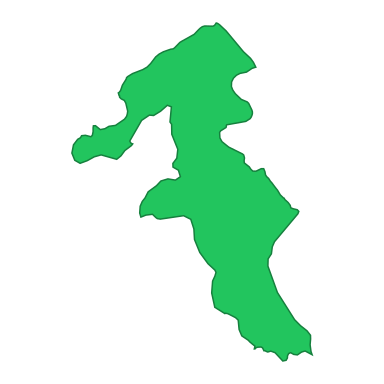 outline of Ardebil
{"feature_id": "IRN-3230", "entity_name": "Ardebil", "entity_type": "Province", "adm_level": 1, "iso_a3": "IRN", "parent_name": "Iran", "parent_adm1": "", "projection": "mercator", "projection_center": [47.857, 38.431], "detail": "fine", "context": "isolated", "style": "filled", "palette": "green", "viewbox_px": 384, "rotation_deg": 0, "n_neighbors": 0, "source": "natural_earth", "source_scale": "10m", "svg_char_len": 2775}
<svg xmlns="http://www.w3.org/2000/svg" viewBox="0 0 384 384"><path d="M216.2,23.0L217.6,23.4L219.6,24.8L226.0,30.8L243.4,51.7L250.5,58.3L253.4,62.3L255.8,67.2L254.7,67.5L252.0,68.4L246.5,72.1L240.0,73.4L236.5,75.2L233.5,78.1L231.6,81.9L231.4,86.5L232.8,90.1L235.3,93.7L241.3,99.4L247.2,101.9L248.7,103.4L251.9,110.1L252.4,111.8L252.4,113.7L251.9,115.5L251.1,117.3L250.1,118.7L245.8,121.4L226.7,124.8L226.3,125.6L226.3,126.6L226.0,127.5L220.6,130.9L219.6,132.4L219.9,137.9L222.0,141.7L228.7,147.1L242.4,153.9L243.7,155.0L244.0,156.1L244.5,158.0L244.1,160.6L244.3,162.9L249.3,166.9L250.9,169.3L252.8,171.1L256.0,171.2L261.2,168.7L263.7,168.7L264.9,171.6L265.6,175.1L266.9,176.9L268.6,178.4L270.3,181.1L272.0,183.0L273.6,185.2L276.1,188.5L277.5,190.2L280.3,194.9L283.6,198.1L284.2,198.2L284.8,199.5L288.1,202.5L290.2,205.3L290.8,207.8L293.3,208.8L297.2,209.7L298.8,211.4L297.9,213.8L274.5,241.7L272.3,246.8L271.4,253.8L268.1,258.9L267.9,266.1L277.4,292.5L294.6,319.7L300.4,325.6L307.0,330.8L310.5,335.3L310.6,339.0L310.1,344.7L311.0,351.5L312.1,354.7L305.1,351.0L301.5,352.1L297.4,354.9L293.7,354.4L290.7,352.7L288.7,353.5L287.5,355.8L287.4,358.0L286.1,360.3L282.8,361.0L275.1,352.7L270.8,351.1L267.8,352.0L266.4,351.5L265.0,350.7L264.0,350.8L262.5,347.8L261.1,347.0L257.5,347.2L256.0,347.8L255.0,348.9L254.3,348.9L254.8,346.9L255.0,346.2L250.3,342.4L248.1,340.1L241.8,335.9L239.1,329.5L238.2,320.1L235.5,317.6L227.9,313.7L225.5,313.2L224.9,313.6L214.8,307.3L211.7,293.0L212.6,281.1L214.9,276.1L216.0,272.4L214.9,270.1L208.0,263.7L199.8,252.5L194.5,239.5L193.9,229.0L190.8,219.3L183.6,215.7L160.3,219.1L157.3,218.6L155.8,217.5L152.5,214.3L145.9,215.1L140.9,217.1L139.7,213.0L140.2,206.2L142.3,201.4L145.0,198.0L148.2,191.8L156.5,185.7L160.9,181.0L167.9,178.9L175.4,180.1L180.4,176.7L178.4,170.2L173.0,167.1L172.9,163.4L176.8,158.2L177.8,149.3L171.8,134.3L171.6,124.3L170.0,122.0L171.4,106.8L167.3,105.3L160.6,111.2L153.6,115.5L149.4,115.1L141.6,120.4L129.7,141.1L131.1,143.3L132.7,143.9L131.4,145.6L124.9,150.5L121.0,155.8L116.7,159.3L101.1,154.9L94.3,156.8L87.2,160.7L80.1,163.3L74.8,160.3L71.9,153.1L73.5,144.8L77.7,139.3L80.5,137.7L81.6,135.7L85.4,135.3L90.9,136.7L92.3,135.4L93.1,131.7L93.1,127.8L93.4,125.8L95.5,125.7L100.3,129.6L104.9,128.7L109.0,126.3L115.5,125.4L124.5,119.2L126.6,116.3L127.3,113.9L127.7,111.2L125.8,103.1L124.3,100.4L121.1,98.8L119.6,97.2L119.5,95.8L119.1,95.6L118.3,92.9L119.0,92.5L120.1,91.2L120.7,90.2L122.4,85.2L126.2,79.1L126.5,77.8L127.5,76.7L132.5,73.6L142.8,69.6L144.0,68.9L147.1,67.1L150.6,63.6L155.7,56.9L159.1,54.1L163.5,51.7L170.7,49.2L173.0,48.9L174.4,48.0L179.9,42.4L181.7,41.3L194.2,34.3L198.6,29.7L200.3,28.1L202.3,26.7L204.7,26.0L212.6,26.2L213.9,25.8L215.0,24.8L216.2,23.0Z" fill="#22c55e" stroke="#15803d" stroke-width="1.5"/></svg>